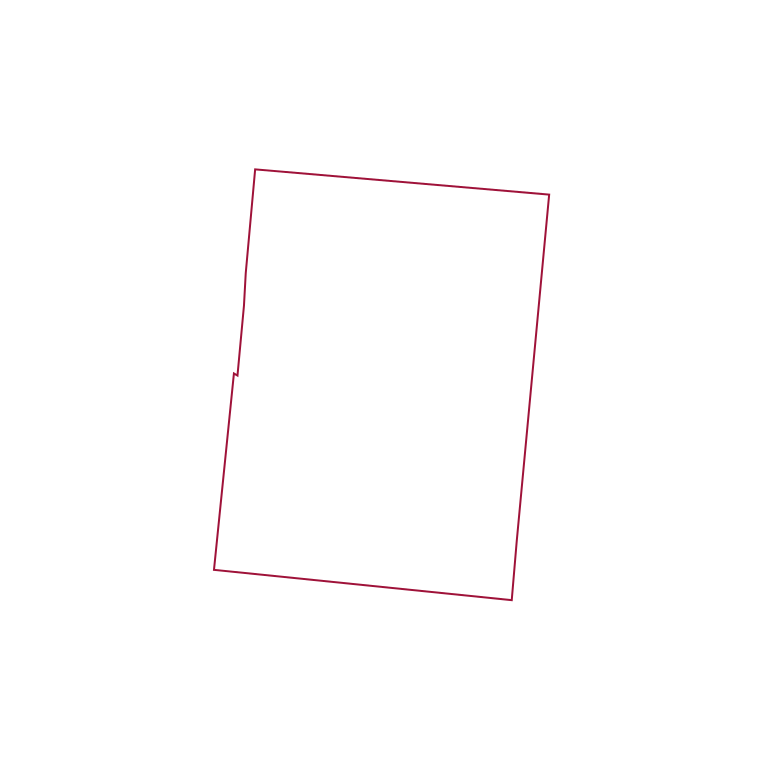 Falls, Texas, United States of America (orthographic projection), rotated 126°
{"feature_id": "52423323B55743875979164", "entity_name": "Falls", "entity_type": "district", "adm_level": 2, "iso_a3": "USA", "parent_name": "United States of America", "parent_adm1": "Texas", "projection": "orthographic", "projection_center": [-96.941, 31.254], "detail": "fine", "context": "isolated", "style": "outline", "palette": "rose", "viewbox_px": 768, "rotation_deg": 126, "n_neighbors": 0, "source": "geoboundaries", "source_scale": "gbopen_adm2", "svg_char_len": 286}
<svg xmlns="http://www.w3.org/2000/svg" viewBox="0 0 768 768"><g transform="rotate(126 384 384)"><path d="M133.7,361.7L286.1,614.4L375.6,561.0L403.0,543.3L463.3,507.5L463.7,511.6L634.3,412.3L483.8,153.6L433.2,184.2L133.7,361.7Z" fill="none" stroke="#9f1239" stroke-width="2"/></g></svg>